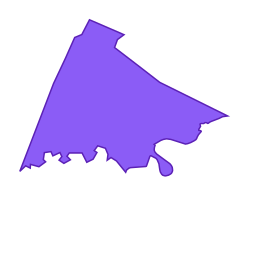 outline of Claiborne, Mississippi, United States of America, rotated 204°
{"feature_id": "52423323B39960691316428", "entity_name": "Claiborne", "entity_type": "district", "adm_level": 2, "iso_a3": "USA", "parent_name": "United States of America", "parent_adm1": "Mississippi", "projection": "orthographic", "projection_center": [-91.036, 32.005], "detail": "fine", "context": "isolated", "style": "filled", "palette": "violet", "viewbox_px": 256, "rotation_deg": 204, "n_neighbors": 0, "source": "geoboundaries", "source_scale": "gbopen_adm2", "svg_char_len": 1400}
<svg xmlns="http://www.w3.org/2000/svg" viewBox="0 0 256 256"><g transform="rotate(204 128 128)"><path d="M41.9,179.5L117.6,182.6L147.5,189.9L173.0,196.0L173.6,204.5L169.6,211.6L207.2,211.2L208.2,194.6L213.5,189.0L213.5,166.4L214.1,138.4L212.7,111.6L209.2,44.4L206.1,51.8L201.0,51.6L202.3,55.1L193.6,56.4L189.5,63.6L192.5,64.7L194.4,71.5L188.8,75.1L185.3,72.0L180.2,77.9L176.8,75.0L177.9,70.6L172.2,69.6L167.7,75.5L172.3,77.4L171.5,81.3L159.8,86.5L151.7,79.9L147.2,85.3L146.4,93.0L149.7,93.6L148.4,99.4L140.4,100.3L135.6,95.8L133.9,90.1L131.5,94.1L125.1,93.2L112.1,86.6L112.2,89.0L110.8,91.7L109.6,92.8L100.5,97.7L96.2,100.0L95.7,100.5L95.7,101.3L96.5,111.0L96.2,111.7L95.5,112.0L90.2,111.7L88.6,111.0L85.2,107.9L82.0,102.8L80.6,101.0L78.5,99.5L77.1,99.0L75.3,99.2L74.1,99.6L71.8,101.4L70.4,103.3L69.9,104.3L69.8,105.2L69.8,106.4L70.0,107.4L70.8,108.8L71.6,110.1L73.2,111.4L75.2,112.4L81.7,113.8L91.2,115.9L93.6,117.0L94.8,118.1L95.4,119.2L96.0,121.2L96.2,123.1L97.5,123.7L93.0,130.0L91.0,132.0L88.4,133.8L84.2,135.0L69.0,136.7L67.1,138.0L64.8,140.2L62.4,143.2L61.3,144.9L61.0,146.2L61.1,147.9L60.9,150.5L59.7,154.5L59.8,154.8L60.4,155.1L62.4,154.7L62.8,155.5L62.4,159.0L63.6,160.5L63.7,161.2L62.9,161.9L61.0,162.7L60.5,163.1L59.9,164.2L59.5,164.4L58.3,164.8L57.2,164.6L56.6,165.0L55.8,166.5L54.6,167.9L48.8,173.7L46.2,176.8L41.9,179.5Z" fill="#8b5cf6" stroke="#5b21b6" stroke-width="1.5"/></g></svg>